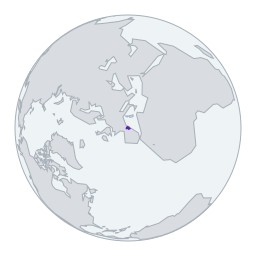 Lérida on an orthographic globe, rotated 270°
{"feature_id": "ESP-5831", "entity_name": "Lérida", "entity_type": "Autonomous Community", "adm_level": 1, "iso_a3": "ESP", "parent_name": "Spain", "parent_adm1": "", "projection": "orthographic", "projection_center": [0.993, 42.04], "detail": "fine", "context": "on_globe", "style": "filled", "palette": "violet", "viewbox_px": 256, "rotation_deg": 270, "n_neighbors": 0, "source": "natural_earth", "source_scale": "10m", "svg_char_len": 10084}
<svg xmlns="http://www.w3.org/2000/svg" viewBox="0 0 256 256"><g transform="rotate(270 128 128)"><circle cx="128" cy="128" r="113" fill="#eef3f6" stroke="#a8b0b8"/><path d="M27.6,179.0L25.5,174.7L23.0,168.9L20.5,161.7L17.0,147.1L16.9,144.0L16.5,140.1L18.0,137.9L18.5,129.9L18.2,127.2L17.4,128.1L17.2,117.9L18.4,110.7L24.5,83.8L26.5,79.3L28.7,75.3L41.8,56.0L31.0,70.9L34.0,66.0L38.4,59.8L38.5,59.8L44.9,52.4L49.1,47.9L58.0,40.6L67.0,36.3L64.1,38.3L66.6,37.3L70.4,34.9L72.3,33.5L86.0,28.8L99.0,23.8L101.5,21.8L102.3,22.7L105.9,19.2L111.9,17.4L106.1,19.7L106.2,20.2L110.8,19.0L112.0,19.4L114.9,19.1L115.9,19.7L112.4,21.3L113.0,21.8L116.2,21.0L119.2,21.3L114.4,22.4L119.2,23.1L114.3,26.4L100.6,29.9L98.8,33.2L87.3,40.9L89.3,41.1L86.2,44.4L87.3,46.0L84.9,47.2L87.9,47.4L90.0,46.0L92.0,45.7L92.9,46.5L89.9,48.2L89.0,48.0L88.6,48.9L86.7,49.4L88.1,49.7L84.4,51.7L89.3,51.0L87.4,53.8L84.6,54.8L83.3,52.9L73.4,51.6L70.2,52.5L66.9,55.4L64.1,64.4L61.1,66.4L58.3,70.3L60.7,69.9L63.7,66.7L67.4,67.2L70.6,63.6L72.6,63.3L76.6,60.5L77.7,63.0L76.6,66.9L73.3,69.4L72.7,71.4L77.2,70.7L72.5,77.5L71.7,85.7L70.2,87.4L65.0,87.1L61.5,82.3L54.7,82.9L60.8,84.6L57.1,89.2L57.2,91.0L58.4,92.2L60.5,91.3L59.6,93.5L53.2,92.3L53.9,90.3L55.9,90.6L54.3,88.5L49.9,88.2L48.4,90.8L43.5,88.4L42.3,90.3L40.6,91.0L42.8,88.0L38.8,93.5L32.8,93.0L27.2,102.6L30.8,92.3L30.9,88.6L30.6,85.3L29.6,86.8L30.5,81.0L29.0,79.8L25.1,85.3L22.2,92.4L21.5,97.9L22.9,96.5L23.3,99.7L19.7,105.2L19.9,113.1L17.9,118.6L17.5,123.7L18.4,126.2L19.1,131.2L20.8,130.0L23.0,131.8L21.8,137.0L23.9,134.5L24.5,139.0L29.5,146.2L28.8,146.8L32.8,158.9L39.1,167.9L40.5,172.9L39.6,174.4L42.2,177.2L42.3,178.7L54.2,189.1L61.7,196.5L62.4,201.3L58.0,203.5L58.2,211.3L51.3,208.4L52.4,210.8L52.0,211.2L46.2,205.5L40.9,199.4L36.0,192.9L31.5,186.1L27.6,179.0ZM25.5,105.3L25.9,117.1L24.1,113.4L24.7,113.4L25.0,109.7L24.9,104.5L23.7,101.7L25.5,105.3ZM29.2,103.7L29.0,102.0L29.4,103.3L29.2,103.7ZM72.9,33.0L70.3,34.8L66.5,37.0L68.5,35.4L72.9,33.0ZM80.4,29.4L79.5,30.2L76.8,30.9L78.2,30.2L80.4,29.4ZM103.0,20.5L100.7,21.3L102.6,20.5L103.0,20.5ZM115.1,19.0L115.4,18.7L116.8,18.7L115.1,19.0ZM75.7,59.4L76.2,60.0L75.2,60.2L75.7,59.4ZM77.1,57.8L75.7,57.7L76.1,56.9L77.0,57.0L77.1,57.8ZM119.6,19.7L121.7,19.9L118.9,19.9L119.6,19.7ZM78.7,58.2L77.0,55.5L77.8,54.2L81.8,53.4L78.7,58.2ZM122.5,20.2L127.7,21.0L128.8,20.3L128.7,22.8L124.3,21.2L120.7,21.3L122.7,20.8L122.5,20.2ZM90.2,45.2L88.1,46.7L89.1,44.7L90.2,45.2ZM90.4,44.0L90.4,38.8L94.0,37.1L93.3,39.1L97.3,36.6L99.0,38.3L97.2,40.1L94.5,40.8L97.2,41.0L90.4,44.0ZM127.8,24.3L128.5,24.8L127.1,24.6L127.8,24.3ZM92.9,45.4L92.6,44.4L95.7,42.9L96.8,44.6L95.5,44.5L92.9,45.4ZM97.5,35.1L100.0,34.4L102.1,35.6L103.3,35.5L99.3,38.2L97.5,35.1ZM95.2,45.3L97.3,45.6L96.7,47.1L93.4,46.3L95.2,45.3ZM96.0,41.8L97.5,41.2L97.0,42.1L96.0,41.8ZM95.6,53.0L95.1,51.7L96.7,50.7L95.6,53.0ZM98.2,45.6L98.4,45.0L99.0,44.6L100.2,45.1L98.2,45.6ZM101.1,38.9L101.4,39.7L102.8,37.9L104.4,38.8L101.5,40.5L103.4,40.2L103.9,40.5L100.9,41.6L101.1,38.9ZM103.2,44.2L100.0,46.9L100.5,49.5L99.1,50.4L98.6,46.1L103.2,44.2ZM102.1,42.5L102.5,43.7L100.6,44.1L99.2,43.6L102.1,42.5ZM106.6,38.9L104.9,37.0L105.6,36.7L106.6,38.9ZM103.7,44.8L104.5,44.2L104.0,45.0L103.7,44.8ZM106.1,40.6L105.4,39.9L106.2,39.6L106.1,40.6ZM106.6,43.5L105.5,44.3L104.5,43.9L106.6,43.5ZM106.7,42.1L107.9,41.8L104.8,43.3L106.2,41.8L106.7,42.1ZM107.0,40.4L107.2,40.0L107.2,40.7L107.0,40.4ZM110.9,44.6L107.2,46.6L105.0,45.6L108.9,43.8L110.9,44.6ZM225.6,71.7L226.7,73.7L227.6,75.4L227.8,75.9L230.5,81.5L231.3,83.0L236.1,96.4L236.2,97.0L238.0,103.9L238.6,106.6L237.4,101.4L235.1,95.9L236.1,100.8L234.8,97.7L231.9,95.1L232.5,102.3L234.5,118.5L236.7,127.3L236.5,133.8L231.3,126.7L227.6,119.7L226.6,122.9L220.5,120.5L212.5,129.3L210.6,127.9L209.3,130.6L204.9,131.3L201.6,128.7L199.3,130.8L207.7,137.5L210.1,135.2L211.0,129.2L213.0,132.3L217.1,132.4L215.3,145.3L202.2,164.0L199.7,157.8L183.1,144.1L182.8,141.5L182.7,141.3L182.4,140.9L182.2,145.3L178.9,142.2L189.2,153.3L191.5,158.8L202.1,164.5L201.4,166.1L204.4,166.5L212.5,157.9L212.9,160.2L209.8,173.4L197.4,193.9L198.4,200.8L196.2,207.4L187.0,215.3L186.2,218.9L181.1,222.2L179.8,224.3L174.8,227.7L167.2,231.5L155.9,234.5L156.4,233.2L152.6,231.2L147.9,223.0L152.1,217.4L151.6,213.3L143.3,204.3L145.2,197.9L142.7,195.6L137.6,196.7L134.5,193.7L131.3,193.8L110.5,195.9L103.4,191.1L93.2,175.9L96.4,170.5L95.8,163.4L117.0,139.9L122.9,141.4L141.3,136.5L143.8,137.2L143.2,143.3L158.2,147.8L161.2,142.0L173.3,142.3L180.3,139.3L180.1,127.5L168.5,132.1L165.0,127.5L173.0,119.3L182.8,115.4L181.8,113.5L174.3,111.7L175.2,106.8L171.5,110.8L174.0,112.2L171.7,114.8L169.3,113.7L169.8,112.0L166.4,112.2L165.2,121.0L167.6,123.4L159.7,127.5L162.9,131.8L161.2,134.8L155.2,128.6L154.7,125.7L144.5,119.6L144.3,122.9L153.9,129.0L151.5,129.0L151.1,133.9L149.5,130.1L139.1,122.9L131.0,125.9L123.1,138.4L117.9,139.6L112.5,137.3L113.2,125.2L124.6,124.1L125.0,120.2L120.8,114.7L124.6,115.0L124.3,112.8L128.4,112.2L132.4,106.3L136.3,105.2L136.0,98.4L138.0,97.0L137.6,101.4L139.4,104.0L149.0,101.5L150.3,99.7L149.3,95.5L152.1,95.6L149.9,91.9L154.5,88.8L147.1,89.6L145.8,85.2L147.6,81.0L145.8,79.8L143.0,86.7L143.0,89.3L145.2,91.3L144.1,99.2L141.3,101.1L137.3,93.7L132.8,95.8L131.7,89.5L140.1,74.2L144.6,70.5L155.8,72.9L155.8,76.0L151.8,76.5L157.2,79.8L156.0,77.7L158.2,77.8L157.6,74.0L159.1,73.9L155.8,70.5L157.6,70.0L159.7,72.2L160.3,66.5L163.7,64.7L163.1,63.4L161.5,62.6L166.8,61.1L166.1,60.3L164.1,60.5L161.4,59.0L158.7,55.9L160.7,55.5L161.9,56.6L167.6,58.5L170.6,61.6L171.1,61.2L169.0,58.4L162.1,56.1L159.9,54.3L163.2,55.0L161.8,54.6L161.4,53.6L162.8,52.4L159.2,51.6L151.4,42.6L153.3,39.6L157.1,41.0L153.8,35.2L156.3,33.0L154.4,33.0L151.5,30.6L150.7,31.3L149.6,31.2L141.8,26.0L141.6,24.8L136.1,23.2L135.1,23.3L135.0,24.1L128.7,22.8L128.8,20.3L131.0,20.1L129.6,18.9L134.8,18.9L138.5,18.4L145.0,19.5L147.3,19.3L146.4,18.9L149.0,18.5L157.1,19.7L154.2,20.6L142.8,20.4L147.7,20.5L147.7,21.1L150.1,21.6L153.6,21.8L153.3,21.4L164.3,26.0L174.7,29.4L171.3,26.9L172.0,26.3L180.8,29.3L197.6,40.0L198.6,40.3L200.5,41.8L203.7,44.6L201.0,42.4L201.7,43.4L199.7,41.9L203.9,46.1L201.2,44.1L205.7,48.5L207.0,49.1L204.4,46.0L209.4,50.9L210.2,51.1L212.2,53.1L219.4,62.1L225.6,71.7ZM111.4,152.8L111.3,155.0L111.4,152.8ZM194.6,116.8L199.6,113.6L195.0,108.4L196.6,106.9L194.5,105.8L194.7,108.1L189.2,104.8L190.5,101.2L188.7,98.7L187.0,99.7L185.4,106.8L193.3,111.4L193.1,115.0L194.6,116.8ZM29.7,146.4L30.2,148.3L29.2,147.1L29.7,146.4ZM23.0,114.9L23.5,116.6L23.5,118.2L23.0,117.3L23.0,114.9ZM28.9,128.1L29.8,130.3L28.5,128.9L28.9,128.1ZM26.1,118.8L28.1,126.6L25.7,124.5L24.5,119.7L25.8,121.7L26.1,118.8ZM27.3,105.8L27.4,107.2L26.8,107.8L27.3,105.8ZM29.5,104.6L29.3,104.3L29.6,103.0L29.5,104.6ZM57.5,89.3L58.0,89.5L58.8,91.0L57.7,90.9L57.5,89.3ZM67.0,94.1L65.4,97.5L65.8,95.0L63.9,95.5L62.3,90.9L69.5,88.0L66.5,90.0L67.0,94.1ZM62.2,84.3L62.4,87.3L61.9,84.2L62.2,84.3ZM118.4,102.0L120.4,103.3L119.7,105.9L114.8,108.0L115.7,104.1L118.4,102.0ZM123.5,104.6L120.9,97.1L123.9,95.7L122.7,97.7L124.9,97.6L123.5,100.8L128.8,107.1L128.6,109.9L119.5,111.8L122.6,109.5L120.4,108.3L123.5,104.6ZM109.2,82.6L108.1,80.0L116.0,80.3L116.1,82.8L111.1,84.8L108.1,83.1L109.2,82.6ZM86.0,57.6L85.1,57.1L86.0,56.5L87.4,56.6L86.0,57.6ZM95.2,52.4L90.9,59.9L89.6,59.5L88.6,64.6L84.9,65.7L85.7,62.3L82.0,67.1L81.2,64.5L79.2,68.0L81.3,60.3L80.4,58.3L82.8,60.0L86.3,59.0L87.5,58.0L90.4,53.8L90.2,49.3L93.6,47.9L96.1,48.0L96.6,48.8L94.2,49.5L96.7,50.1L93.7,51.7L95.2,52.4ZM122.7,53.9L119.7,53.7L124.1,56.4L121.1,57.6L121.8,57.8L120.2,59.7L119.5,62.5L118.0,62.7L118.4,63.7L117.3,65.1L117.4,66.6L114.6,67.6L114.4,69.6L113.1,68.9L113.6,72.1L112.0,70.2L110.5,71.9L112.8,72.9L97.4,75.6L92.2,78.7L88.7,82.4L86.4,78.9L88.2,73.4L92.2,67.7L97.6,65.4L95.6,64.4L97.6,63.1L98.3,64.4L98.3,61.6L100.1,60.9L103.7,56.6L102.6,53.2L103.9,51.6L105.2,52.6L105.5,50.4L109.0,51.3L109.9,50.2L114.3,50.2L116.3,52.9L117.3,51.5L120.7,51.6L122.7,53.9ZM112.1,44.7L115.3,47.4L115.1,49.5L107.6,48.7L106.2,49.5L101.4,49.4L101.7,46.5L103.0,46.8L104.4,46.4L103.8,47.5L105.3,46.3L107.2,46.7L108.9,46.0L109.5,47.1L112.1,44.7ZM145.8,134.5L147.6,134.4L150.2,133.6L150.0,136.8L145.8,134.5ZM138.6,129.7L140.1,129.0L141.2,133.0L139.3,133.1L138.6,129.7ZM140.0,125.5L140.1,128.7L139.0,127.1L140.0,125.5ZM138.9,100.6L140.4,99.8L140.9,100.7L140.5,102.3L138.9,100.6ZM135.1,63.1L133.4,62.4L133.7,61.8L131.3,59.1L133.4,58.1L135.6,59.4L135.1,63.1ZM178.6,130.3L177.1,133.2L175.8,132.6L176.6,131.7L178.6,130.3ZM163.3,135.7L167.2,135.9L163.2,136.6L163.3,135.7ZM137.0,61.6L135.8,60.5L137.5,60.7L137.0,61.6ZM134.7,57.3L136.7,57.3L133.3,57.7L134.7,57.3ZM210.6,197.3L201.6,210.7L197.7,213.3L198.2,211.2L202.4,203.9L207.3,199.1L210.1,194.6L210.6,197.3ZM239.8,114.6L239.8,114.4L239.7,113.7L239.8,114.6ZM237.0,127.7L238.4,130.7L238.1,133.2L237.0,127.7ZM229.7,79.6L229.3,78.7L228.2,76.6L229.7,79.6ZM152.7,53.7L153.7,58.4L155.7,61.6L159.0,62.8L154.8,63.3L151.6,58.4L152.7,53.7ZM151.3,43.9L148.4,43.1L149.4,42.3L150.1,42.4L151.3,43.9ZM149.8,44.2L146.9,45.5L145.1,44.3L147.7,43.5L149.8,44.2ZM142.1,53.2L142.2,54.6L140.8,54.4L142.1,53.2ZM185.1,30.9L184.3,30.4L181.9,29.1L182.3,29.3L185.1,30.9ZM183.3,29.9L177.7,27.2L174.9,25.7L175.6,25.9L179.3,27.7L180.5,28.4L183.3,29.9ZM175.5,26.2L176.6,26.9L170.6,26.0L168.7,25.5L171.8,25.0L173.0,25.7L175.0,26.3L175.5,26.2ZM129.4,24.4L128.6,24.7L128.6,24.2L129.4,24.4ZM149.2,31.6L147.7,31.3L147.8,30.6L149.2,31.6ZM143.5,30.3L144.5,31.3L142.6,30.4L143.5,30.3ZM146.8,33.6L144.5,31.8L147.9,33.3L146.8,33.6Z" fill="#d9dde1" stroke="#a8b0b8" stroke-width="1"/><path d="M127.6,126.4L127.8,126.5L128.0,126.5L128.3,126.7L128.5,126.7L128.6,126.8L128.6,127.0L128.8,127.2L129.0,127.1L129.2,127.3L129.2,127.5L129.1,127.8L129.0,128.0L128.9,128.3L128.8,128.5L128.7,128.5L128.7,128.8L128.3,128.9L128.3,129.0L128.2,129.1L128.0,129.3L127.9,129.3L127.7,129.4L127.5,129.5L127.4,129.4L127.3,129.5L127.2,129.4L127.2,129.5L127.1,129.4L127.0,129.2L127.2,128.9L127.0,128.7L127.3,128.5L127.3,128.4L127.4,128.2L127.5,128.1L127.5,127.9L127.6,127.7L127.6,127.4L127.6,127.2L127.7,126.9L127.5,126.7L127.5,126.4L127.6,126.4Z" fill="#8b5cf6" stroke="#5b21b6" stroke-width="1.5"/></g></svg>